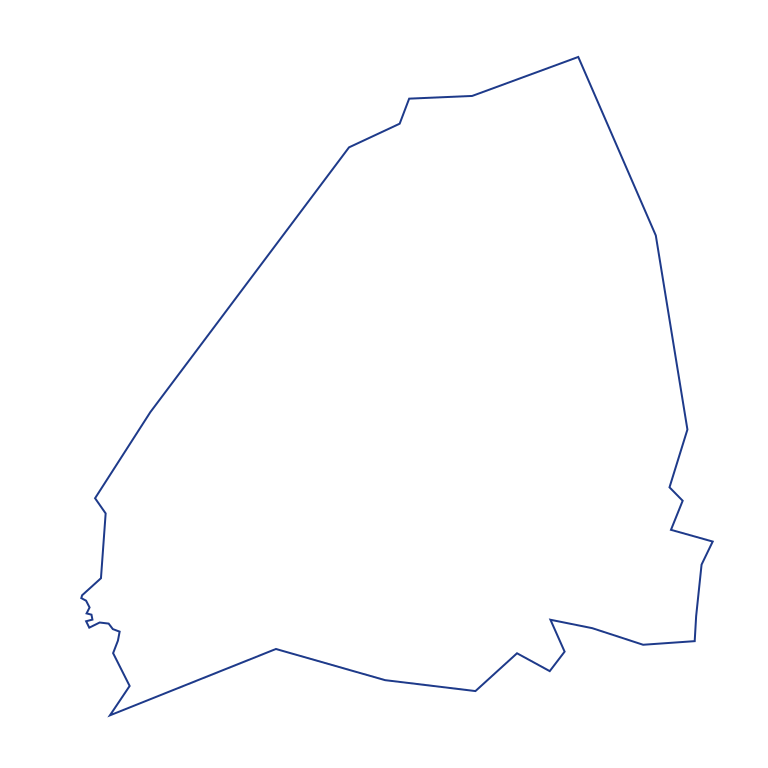 the district of Van Buren, Tennessee, United States of America, rotated 176°
{"feature_id": "52423323B15759213794066", "entity_name": "Van Buren", "entity_type": "district", "adm_level": 2, "iso_a3": "USA", "parent_name": "United States of America", "parent_adm1": "Tennessee", "projection": "albers", "projection_center": [-85.405, 35.678], "detail": "fine", "context": "isolated", "style": "outline", "palette": "blue", "viewbox_px": 768, "rotation_deg": 176, "n_neighbors": 0, "source": "geoboundaries", "source_scale": "gbopen_adm2", "svg_char_len": 696}
<svg xmlns="http://www.w3.org/2000/svg" viewBox="0 0 768 768"><g transform="rotate(176 384 384)"><path d="M402.4,622.5L619.0,372.3L680.2,290.2L670.7,274.3L679.9,210.0L699.9,194.3L700.9,191.5L696.3,188.6L693.3,181.6L696.7,175.9L691.9,174.3L691.3,169.3L697.7,168.1L695.0,161.5L684.3,165.9L675.4,164.2L671.6,158.4L665.0,155.4L667.3,146.6L673.0,134.4L658.8,100.5L680.5,72.6L510.3,127.2L403.6,88.5L314.2,71.3L270.1,106.1L238.7,86.0L222.5,104.4L234.4,137.2L193.3,125.9L143.7,105.8L92.0,105.8L88.8,130.7L79.8,181.7L67.1,203.9L107.9,218.5L94.2,246.7L106.4,261.0L84.5,317.4L102.5,513.2L167.4,696.7L276.0,665.2L339.0,666.9L350.2,642.6L402.4,622.5Z" fill="none" stroke="#1e3a8a" stroke-width="2"/></g></svg>